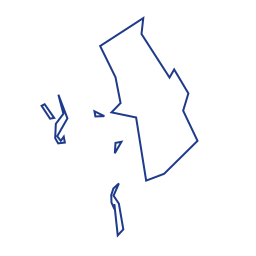 outline of Belize, rotated 153°
{"feature_id": "BLZ-1323", "entity_name": "Belize", "entity_type": "District", "adm_level": 1, "iso_a3": "BLZ", "parent_name": "Belize", "parent_adm1": "", "projection": "albers", "projection_center": [-88.107, 17.657], "detail": "coarse", "context": "isolated", "style": "outline", "palette": "blue", "viewbox_px": 256, "rotation_deg": 153, "n_neighbors": 0, "source": "natural_earth", "source_scale": "10m", "svg_char_len": 749}
<svg xmlns="http://www.w3.org/2000/svg" viewBox="0 0 256 256"><g transform="rotate(153 128 128)"><path d="M135.7,72.9L116.0,133.7L135.6,149.4L123.3,153.6L116.1,178.9L115.6,213.7L64.5,219.0L73.3,205.6L68.1,154.1L60.3,159.2L58.5,131.4L71.0,118.4L71.9,85.0L116.6,70.8L135.7,72.9ZM176.9,61.6L176.6,69.0L173.4,75.8L168.4,80.8L161.3,82.7L171.6,74.3L170.5,64.7L178.2,39.8L185.9,37.0L174.7,66.4L176.9,61.6ZM190.9,143.7L197.2,146.0L197.5,152.0L190.4,164.5L179.1,170.0L174.9,189.3L177.6,164.1L194.8,152.8L193.7,147.1L189.2,149.4L190.9,143.7ZM145.9,120.4L140.1,118.7L151.2,111.5L145.9,120.4ZM189.2,170.5L193.2,171.7L194.9,187.0L191.5,187.0L189.2,170.5ZM143.7,149.3L151.8,153.1L150.3,158.1L143.7,149.3Z" fill="none" stroke="#1e3a8a" stroke-width="2"/></g></svg>